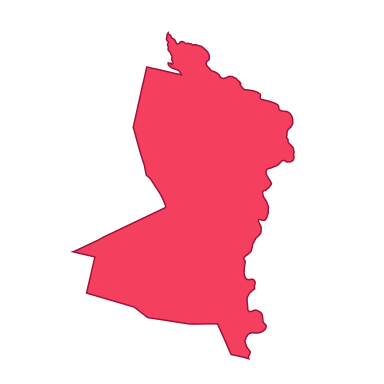 the district of Dagana, Saint-Louis, Senegal, rotated 103°
{"feature_id": "50182788B94177495754038", "entity_name": "Dagana", "entity_type": "district", "adm_level": 2, "iso_a3": "SEN", "parent_name": "Senegal", "parent_adm1": "Saint-Louis", "projection": "natural_earth1", "projection_center": [-16.074, 16.26], "detail": "fine", "context": "isolated", "style": "filled", "palette": "rose", "viewbox_px": 384, "rotation_deg": 103, "n_neighbors": 0, "source": "geoboundaries", "source_scale": "gbopen_adm2", "svg_char_len": 5894}
<svg xmlns="http://www.w3.org/2000/svg" viewBox="0 0 384 384"><g transform="rotate(103 192 192)"><path d="M341.7,99.1L340.6,99.7L339.1,99.9L336.9,99.3L335.3,99.2L334.5,99.3L334.2,99.6L331.9,102.5L330.4,104.0L327.0,106.2L325.3,106.9L324.5,107.0L323.2,106.6L322.4,106.7L321.4,106.6L320.8,106.4L319.8,105.8L319.2,105.8L318.0,105.1L317.1,104.3L316.8,104.0L316.5,103.2L315.9,102.8L315.6,101.9L315.3,99.1L315.0,98.4L314.9,97.4L314.2,95.1L314.1,94.8L313.7,94.4L312.5,92.5L311.4,91.3L310.0,90.3L309.0,89.7L307.8,89.5L306.2,89.5L305.3,89.8L305.1,90.1L304.4,91.0L303.0,93.2L302.6,93.5L296.6,95.6L295.6,96.2L294.7,96.9L293.8,98.0L293.7,98.5L293.6,99.1L292.9,101.0L292.7,102.4L292.8,103.9L293.4,105.0L293.8,105.4L295.3,108.0L295.5,108.8L295.5,109.4L295.0,110.4L293.9,111.2L293.7,111.4L291.2,111.9L290.7,112.2L288.2,113.0L286.9,113.6L286.1,113.7L285.5,114.0L284.2,114.0L283.8,114.3L282.9,114.5L281.6,114.4L281.0,114.1L279.0,113.7L277.7,113.2L275.5,111.8L274.9,111.2L274.6,111.1L273.5,110.4L272.6,109.4L272.4,109.2L271.8,109.3L271.1,109.6L269.6,109.9L266.6,110.0L264.9,110.6L264.1,111.5L263.5,112.4L263.4,113.0L263.4,113.7L263.6,114.3L264.8,117.3L264.8,118.4L264.6,119.1L264.3,119.4L264.2,119.9L263.7,120.6L262.0,121.6L261.7,122.0L259.9,122.8L259.5,123.1L256.9,123.4L253.7,124.0L249.4,124.3L247.5,124.6L246.6,125.4L246.2,126.1L245.0,126.8L244.2,126.7L244.0,126.4L243.5,126.3L240.7,124.0L240.2,123.7L239.1,122.8L237.3,121.5L235.9,121.1L232.3,120.9L228.5,121.1L227.1,120.5L226.4,120.5L224.1,119.7L222.7,119.5L219.6,117.3L217.9,116.4L217.4,116.0L216.9,115.9L214.8,115.8L213.5,116.2L211.3,116.5L210.6,116.8L206.0,120.4L204.5,120.9L203.9,120.8L203.7,120.6L203.5,119.5L203.7,116.5L203.4,115.2L203.1,114.7L202.7,114.4L202.1,114.2L201.4,113.7L199.8,113.4L197.8,113.3L196.9,113.1L195.1,113.0L191.6,113.9L189.8,114.0L189.0,114.2L186.8,116.0L185.2,116.8L184.3,117.4L183.9,118.0L182.3,119.5L181.0,121.0L178.5,122.4L177.3,122.9L176.6,123.1L176.2,123.0L175.7,123.1L174.8,122.7L174.5,122.2L174.3,121.3L173.6,120.4L173.3,120.4L172.0,119.3L171.9,119.1L170.8,118.7L170.6,118.2L170.1,117.9L169.3,117.6L168.7,117.6L167.9,117.0L167.3,116.9L167.0,116.5L166.3,116.4L165.5,116.6L162.5,119.4L159.9,122.0L158.4,123.3L157.3,123.9L156.0,124.3L154.7,124.4L153.6,124.2L152.8,123.8L152.2,123.1L150.7,120.3L149.4,118.5L148.3,116.8L146.8,114.9L145.8,114.0L144.7,113.3L142.6,112.1L141.6,111.4L141.1,110.9L140.8,110.4L140.7,109.8L140.6,109.2L140.9,107.3L141.1,106.9L141.2,107.2L141.2,107.5L141.4,106.9L141.4,106.4L141.3,105.9L141.1,105.5L140.7,103.6L140.3,102.6L138.7,100.8L138.0,100.5L136.8,100.3L135.1,100.5L134.3,100.6L132.8,101.4L132.2,101.5L131.2,101.4L129.6,101.8L126.8,103.0L126.2,103.4L125.7,104.0L124.3,105.9L123.4,107.3L122.2,109.0L121.3,109.8L120.4,110.0L119.3,110.3L118.8,110.5L118.0,111.9L117.6,112.1L116.8,112.3L114.8,112.3L113.4,112.7L112.3,112.9L110.5,112.7L109.4,112.2L106.7,110.5L106.4,110.2L102.8,109.2L102.2,109.3L100.5,109.8L98.9,110.1L96.7,111.2L95.4,112.1L94.2,113.2L93.5,114.1L92.6,116.0L92.4,116.9L92.3,118.7L92.7,121.6L92.8,122.9L92.6,124.0L92.4,124.7L92.2,125.3L91.7,125.9L91.2,126.1L90.3,126.4L88.7,127.0L88.3,127.5L87.7,128.3L87.3,129.5L86.8,131.6L86.1,137.2L86.2,139.3L86.1,142.2L86.2,144.2L86.1,145.2L85.8,145.8L85.3,146.5L84.6,146.9L84.0,147.0L82.6,146.9L82.0,147.1L81.4,147.5L81.0,148.2L80.4,149.7L79.9,151.9L79.7,154.3L79.7,157.1L80.0,160.4L80.3,162.8L80.4,163.6L80.1,164.8L79.7,165.6L79.1,166.2L78.7,166.7L78.2,167.3L77.2,168.6L75.8,169.6L75.6,169.3L75.5,169.0L75.3,168.9L75.0,169.5L74.6,169.6L74.3,170.2L73.8,170.5L73.5,171.1L72.9,172.5L72.6,173.2L71.9,173.8L71.6,174.2L71.4,175.0L71.1,176.0L70.8,177.7L70.6,178.2L70.5,178.6L70.6,180.2L70.8,181.3L71.1,182.0L71.4,182.1L71.8,183.0L72.4,183.6L72.6,184.1L73.0,184.4L73.8,185.7L74.5,187.9L74.2,189.2L73.8,190.1L73.5,190.3L73.3,190.7L71.5,192.1L71.2,193.2L70.9,193.6L70.7,194.1L70.4,194.5L70.2,195.6L70.0,195.9L69.6,199.1L69.2,200.8L68.8,201.6L67.8,202.5L66.7,204.5L66.1,205.1L65.4,206.2L64.1,207.1L62.7,207.1L61.6,207.1L61.2,206.7L60.8,206.3L60.5,206.2L60.1,205.7L59.4,205.2L58.4,205.3L58.0,205.1L57.6,205.2L56.1,205.6L55.7,205.9L55.2,206.0L54.9,205.9L54.3,206.4L53.9,207.0L53.1,207.3L52.7,207.6L51.9,208.6L51.9,208.8L51.5,209.0L50.9,209.8L50.5,210.9L50.1,211.2L49.5,212.6L49.2,212.8L48.9,213.3L48.8,213.9L48.1,215.3L47.9,216.1L48.0,216.6L47.8,218.1L47.9,218.9L47.8,219.4L47.6,221.2L47.7,221.9L48.1,222.8L48.2,223.3L48.4,224.5L48.3,225.2L47.9,226.1L48.1,229.8L48.3,230.3L48.4,230.6L48.6,230.7L48.8,231.1L48.7,231.6L47.7,234.0L47.6,234.5L47.6,235.8L48.0,236.6L48.3,237.0L49.0,237.5L49.4,237.6L50.2,238.0L50.5,238.3L50.9,238.8L51.0,239.2L51.1,239.8L51.1,240.2L50.6,240.6L50.4,240.8L50.0,241.1L48.9,242.0L48.1,242.6L47.8,242.9L47.1,243.9L46.6,245.6L46.5,246.2L46.3,246.9L46.1,247.1L44.8,247.5L44.1,248.5L43.9,249.3L43.0,250.7L42.7,250.9L42.3,251.0L43.1,251.5L45.3,251.6L46.8,251.3L48.8,251.4L49.8,250.7L50.3,250.0L50.8,249.1L51.5,248.6L52.1,248.7L52.9,249.1L53.9,249.1L54.5,248.8L55.2,248.3L56.4,247.6L56.9,247.3L58.0,247.5L58.6,247.4L59.3,246.9L60.0,246.0L60.3,245.2L63.1,243.1L64.1,242.1L65.0,241.7L65.7,241.8L67.4,241.8L68.8,240.6L70.1,239.7L71.3,239.5L72.1,239.8L72.1,240.7L71.4,241.1L71.1,241.6L71.8,242.7L71.4,244.2L72.2,244.2L72.8,244.0L73.9,243.0L74.4,242.1L75.2,240.8L75.9,238.7L76.2,234.6L76.6,232.4L77.1,231.5L80.2,228.7L80.3,234.7L80.2,252.7L80.4,259.6L80.3,264.1L82.3,264.2L91.4,264.1L99.7,264.2L142.4,263.8L144.9,262.2L152.3,258.3L167.0,250.3L167.8,249.7L172.0,247.3L177.1,244.2L181.4,242.4L185.9,240.3L188.1,235.9L200.4,223.1L206.0,218.3L210.8,215.0L212.2,214.3L212.8,214.3L213.3,214.6L255.7,267.9L259.4,271.9L262.9,276.3L267.1,281.7L271.7,287.5L276.4,293.5L277.0,294.5L277.1,285.2L277.1,282.3L277.0,280.9L277.1,279.7L277.1,272.0L314.2,272.0L317.1,222.5L324.3,207.0L321.4,167.5L321.0,164.0L320.2,160.1L316.8,146.5L314.7,137.5L327.9,127.5L341.5,117.4L341.4,111.6L341.4,105.1L341.7,99.1Z" fill="#f43f5e" stroke="#9f1239" stroke-width="1.5"/></g></svg>